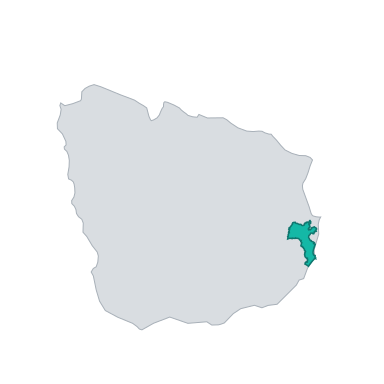 Castillos, Rocha, Uruguay (highlighted), rotated 340°
{"feature_id": "84410073B93691162353295", "entity_name": "Castillos", "entity_type": "district", "adm_level": 2, "iso_a3": "URY", "parent_name": "Uruguay", "parent_adm1": "Rocha", "projection": "albers", "projection_center": [-53.824, -34.08], "detail": "fine", "context": "in_parent", "style": "filled", "palette": "teal", "viewbox_px": 384, "rotation_deg": 340, "n_neighbors": 0, "source": "geoboundaries", "source_scale": "gbopen_adm2", "svg_char_len": 6496}
<svg xmlns="http://www.w3.org/2000/svg" viewBox="0 0 384 384"><g transform="rotate(340 192 192)"><path d="M304.4,259.5L302.1,261.6L299.6,265.5L296.7,274.9L287.0,287.9L285.0,295.3L274.6,303.0L267.3,311.6L262.5,311.4L258.3,315.1L233.6,326.6L224.7,324.6L218.1,324.7L211.9,319.8L197.9,318.3L189.2,320.4L177.6,326.1L174.0,326.1L171.5,325.9L165.1,323.8L161.5,319.0L143.2,314.0L128.3,301.9L111.0,302.2L97.8,304.4L95.7,302.8L94.3,299.6L91.3,295.1L79.5,284.4L70.0,273.8L67.8,263.0L68.5,251.2L70.6,237.1L69.9,232.7L73.1,230.1L76.4,229.5L79.5,225.7L82.1,220.1L82.4,216.0L79.9,208.4L77.9,197.8L75.8,192.5L79.2,184.0L79.1,179.9L76.9,176.4L76.1,172.7L76.9,168.9L76.6,165.2L75.1,161.8L76.0,158.9L79.3,156.4L81.7,152.8L83.2,148.0L83.9,144.4L83.9,141.9L82.7,139.6L80.5,137.5L81.3,133.0L85.1,126.3L87.5,120.4L88.5,115.2L88.3,111.1L86.8,108.0L87.3,105.9L89.8,104.7L90.8,101.3L90.1,93.1L87.2,86.5L89.0,81.0L94.5,74.6L97.3,69.5L97.4,65.6L99.1,63.4L102.0,67.4L110.2,68.2L118.5,68.1L119.8,67.0L122.8,60.1L127.0,58.1L131.6,57.4L136.7,57.6L142.3,61.9L157.9,76.1L169.4,86.0L172.9,90.7L175.9,94.2L178.2,97.5L177.4,106.2L177.7,110.0L178.2,111.1L180.8,111.1L184.5,110.4L187.6,108.5L190.1,105.7L192.5,103.3L194.4,102.1L195.1,100.2L196.2,98.3L197.3,97.9L199.6,99.3L204.8,104.1L208.9,108.7L210.0,111.3L211.6,114.0L213.2,116.3L214.4,118.6L218.4,121.6L222.4,123.5L225.0,121.5L231.8,127.7L246.6,132.9L249.4,136.0L252.0,140.5L257.1,147.4L264.3,153.5L270.1,156.1L275.6,157.6L278.6,158.9L280.7,161.3L284.1,163.9L286.2,164.8L286.9,167.1L289.1,172.1L291.3,178.4L293.8,184.3L299.1,189.9L305.1,194.3L311.3,196.8L314.8,199.9L316.2,203.1L312.0,207.8L307.5,213.7L303.4,218.4L299.3,221.6L297.9,223.9L297.0,227.4L297.0,245.9L296.6,252.8L296.9,254.6L297.5,255.8L300.1,257.7L303.2,259.2L304.4,259.5Z" fill="#d9dde1" stroke="#a8b0b8" stroke-width="1"/><path d="M265.8,268.9L267.4,268.9L268.2,268.9L269.3,269.6L270.3,269.6L270.3,270.1L271.3,270.1L272.8,270.8L273.5,270.5L273.7,271.0L274.1,271.0L274.6,271.4L274.9,271.4L275.5,271.8L276.3,272.2L276.7,273.4L277.2,274.6L277.9,274.9L277.5,275.3L277.2,275.9L277.5,276.3L277.6,276.6L277.8,276.9L277.8,277.3L277.0,278.1L276.4,279.3L276.1,279.4L276.0,280.1L276.1,280.5L276.6,280.9L277.1,280.9L277.2,281.9L277.7,282.2L277.5,283.1L277.7,283.4L277.9,283.7L278.0,284.3L277.7,285.1L277.9,285.4L278.1,285.7L278.2,285.8L278.2,286.1L278.0,286.4L278.3,286.7L278.3,286.9L278.0,287.0L277.6,287.6L277.2,287.7L277.1,288.2L276.8,288.5L276.8,288.9L276.4,289.2L276.3,289.5L276.3,289.9L276.3,290.4L276.3,290.8L276.1,291.2L276.1,291.5L276.6,292.6L276.8,293.1L276.9,293.3L277.2,293.3L277.5,293.4L277.6,293.5L277.8,293.7L277.7,293.8L277.2,293.9L277.2,294.1L277.3,294.4L277.6,294.8L277.5,295.2L277.5,295.4L277.3,295.5L277.0,295.8L277.0,296.1L276.8,296.3L276.6,296.5L276.6,297.1L276.5,297.3L276.3,297.3L275.9,297.3L275.8,297.1L275.5,296.7L275.4,296.7L275.2,296.7L275.0,296.8L274.7,297.1L274.3,297.1L274.2,297.4L274.1,297.8L273.7,298.0L273.5,298.3L273.5,298.5L273.8,298.7L274.7,299.7L276.0,301.6L276.4,301.3L276.9,301.0L277.2,300.8L277.5,300.6L278.0,300.3L278.0,300.2L278.4,300.0L278.5,299.9L279.1,299.6L279.5,299.3L279.6,299.2L280.1,299.0L280.3,298.8L280.7,298.5L280.9,298.4L281.0,298.4L281.5,298.1L281.8,297.9L282.6,297.5L283.2,297.2L283.4,297.0L283.5,297.0L283.7,296.9L283.8,296.9L284.1,296.7L284.3,296.6L284.7,296.6L284.8,296.6L285.0,296.6L285.0,296.8L285.3,296.8L285.3,296.7L285.3,296.8L285.3,296.7L285.4,296.8L285.4,296.7L285.5,296.5L285.4,296.5L285.3,296.4L285.2,296.2L285.2,295.8L285.2,295.5L285.4,295.0L285.5,294.9L285.9,294.3L285.9,294.2L286.0,294.1L286.0,293.9L285.9,293.9L285.8,293.7L285.7,293.6L285.7,293.3L285.7,293.2L285.7,293.3L285.5,293.2L285.4,293.3L285.2,293.4L285.0,293.2L284.9,293.1L284.9,292.9L284.8,292.6L284.7,292.3L284.7,292.2L284.8,291.6L284.8,291.3L284.8,291.0L284.9,290.9L284.9,290.7L285.0,290.3L285.1,290.2L285.3,289.7L285.4,289.3L285.6,289.1L285.8,288.8L285.8,288.7L286.1,288.2L286.3,288.0L286.3,287.9L286.9,287.1L287.1,286.9L287.2,286.7L287.4,286.5L287.5,286.3L287.5,286.2L287.8,285.9L288.0,285.7L288.2,285.3L288.3,285.3L288.3,285.2L288.6,284.9L288.7,284.7L288.9,284.5L289.0,284.3L289.2,284.1L289.3,284.0L289.4,283.9L289.5,283.8L289.6,283.6L289.8,283.5L290.0,283.2L288.6,282.1L289.6,281.4L288.7,280.2L287.2,279.1L287.4,278.4L286.4,277.5L286.2,275.4L286.0,274.8L286.2,274.1L286.5,273.7L286.9,272.9L288.3,272.4L289.0,271.7L289.4,271.3L290.2,271.5L291.2,271.9L291.2,272.4L291.7,272.5L292.1,272.9L292.3,272.8L292.4,272.4L292.5,272.4L292.7,272.1L293.3,271.8L293.3,271.2L293.7,270.9L294.2,270.9L294.5,271.2L294.8,271.4L295.4,271.4L295.4,271.2L295.2,270.5L295.3,270.1L296.0,269.7L296.4,269.5L296.5,269.1L296.3,268.3L295.4,267.4L295.2,266.7L294.9,266.5L294.6,266.6L293.7,266.7L292.7,266.5L292.4,266.5L292.2,266.6L291.9,266.9L291.9,267.2L291.6,267.4L290.7,267.6L290.4,267.9L290.2,268.0L289.6,267.5L288.8,267.6L288.7,267.5L288.6,267.1L288.6,266.5L289.1,266.2L289.3,266.1L289.5,265.7L290.0,265.8L290.7,265.5L291.0,265.1L291.0,264.7L290.8,264.4L291.1,263.8L291.1,263.2L290.7,262.8L290.7,262.5L290.8,262.3L291.0,262.2L291.9,262.2L292.7,262.1L292.8,261.8L292.8,260.9L293.1,260.7L293.4,260.7L293.4,260.4L293.2,260.2L293.1,259.8L293.2,259.5L293.2,259.2L292.9,259.1L292.7,259.3L292.4,259.6L292.2,259.6L291.6,260.2L291.5,260.3L291.3,260.5L291.0,260.7L290.8,260.4L290.3,259.8L290.2,259.8L289.9,259.6L289.0,259.6L288.9,260.1L288.7,260.2L288.1,260.1L287.7,259.8L287.4,259.9L287.2,260.2L286.8,260.3L286.8,260.7L286.2,261.4L285.7,261.3L285.3,261.3L284.9,261.5L284.7,261.5L284.2,261.2L283.6,260.8L283.5,260.2L283.4,259.8L282.9,259.5L282.7,259.5L282.6,259.4L282.2,259.4L281.9,259.1L281.5,259.1L281.2,258.8L281.0,258.4L280.7,258.2L280.3,257.6L280.0,257.4L279.7,257.4L279.4,257.3L279.1,257.1L279.1,256.9L278.6,256.5L278.6,255.7L278.2,255.6L277.9,255.7L276.9,255.3L276.6,255.5L276.4,255.5L276.2,255.4L276.0,255.7L275.7,255.8L275.4,256.1L275.4,256.6L275.2,256.8L274.5,257.1L274.2,257.3L273.5,257.9L273.2,257.9L273.1,258.1L272.5,258.3L271.9,259.0L271.5,258.9L271.4,259.2L271.1,258.9L270.8,259.0L270.7,259.5L270.5,259.9L270.5,260.3L270.1,260.5L270.3,260.9L270.6,261.0L270.3,261.4L270.1,261.5L270.0,261.9L269.9,262.2L269.7,262.2L269.4,262.3L269.4,262.5L269.6,262.7L269.6,262.9L269.6,263.0L269.4,263.0L269.5,263.3L269.5,263.5L269.3,263.5L269.2,263.4L268.9,263.3L268.9,263.8L268.7,263.9L268.6,264.0L268.2,264.5L267.9,264.9L267.9,265.1L267.6,265.3L267.7,265.6L267.7,265.8L267.5,266.0L267.4,266.1L267.3,266.5L267.1,266.6L266.7,266.6L266.7,266.9L266.8,267.1L265.8,268.9Z" fill="#14b8a6" stroke="#0f766e" stroke-width="1.5"/></g></svg>